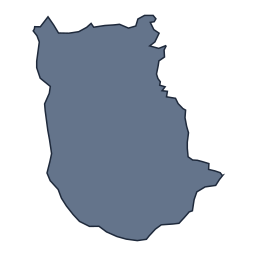 Theletra, Paphos, Cyprus (Robinson projection)
{"feature_id": "46923920B20325218232467", "entity_name": "Theletra", "entity_type": "district", "adm_level": 2, "iso_a3": "CYP", "parent_name": "Cyprus", "parent_adm1": "Paphos", "projection": "robinson", "projection_center": [32.457, 34.915], "detail": "fine", "context": "isolated", "style": "filled", "palette": "slate", "viewbox_px": 256, "rotation_deg": 0, "n_neighbors": 0, "source": "geoboundaries", "source_scale": "gbopen_adm2", "svg_char_len": 1281}
<svg xmlns="http://www.w3.org/2000/svg" viewBox="0 0 256 256"><path d="M33.2,30.9L37.0,35.8L39.3,42.0L36.7,61.2L36.7,67.7L40.2,78.2L50.3,86.4L49.3,93.3L44.6,103.9L45.2,110.8L47.8,130.3L49.5,139.6L51.6,153.6L49.9,161.6L47.0,173.0L50.2,180.7L58.2,189.5L61.4,198.1L66.5,206.1L73.1,214.5L79.5,221.4L81.5,222.4L89.5,226.4L99.0,226.3L106.5,231.9L116.9,236.5L126.2,239.1L137.3,240.6L146.4,239.3L149.2,235.8L155.4,229.1L161.3,224.8L172.8,224.0L179.0,223.3L184.5,217.3L189.2,211.9L192.4,210.8L194.1,199.7L196.8,191.9L205.1,186.9L215.7,185.4L219.4,179.6L222.8,175.3L222.3,175.5L220.2,172.7L214.9,170.9L208.6,169.4L208.9,163.6L202.3,161.6L197.4,160.3L192.6,160.0L188.1,156.8L187.3,148.3L187.3,142.2L188.5,132.8L186.6,126.2L185.0,117.7L185.6,110.1L182.9,108.6L178.1,103.6L175.5,98.3L166.5,96.8L167.4,91.3L162.1,90.7L165.1,86.8L159.7,85.2L160.3,81.8L157.9,78.5L156.5,74.0L158.2,65.6L158.9,60.9L164.5,57.0L164.1,50.0L166.0,46.2L165.6,45.7L158.7,48.4L149.7,45.9L154.9,41.9L159.1,33.2L153.8,29.6L150.3,22.4L154.2,21.7L155.9,18.8L153.1,15.4L144.6,15.4L137.9,19.0L135.8,26.0L128.5,28.1L119.5,24.3L114.1,24.9L104.9,25.5L93.7,27.2L91.1,23.4L86.6,27.4L78.7,31.7L68.8,33.2L58.5,33.0L53.6,24.9L48.0,16.8L40.3,26.8L34.7,26.7L34.3,29.2L33.2,30.9Z" fill="#64748b" stroke="#1e293b" stroke-width="1.5"/></svg>